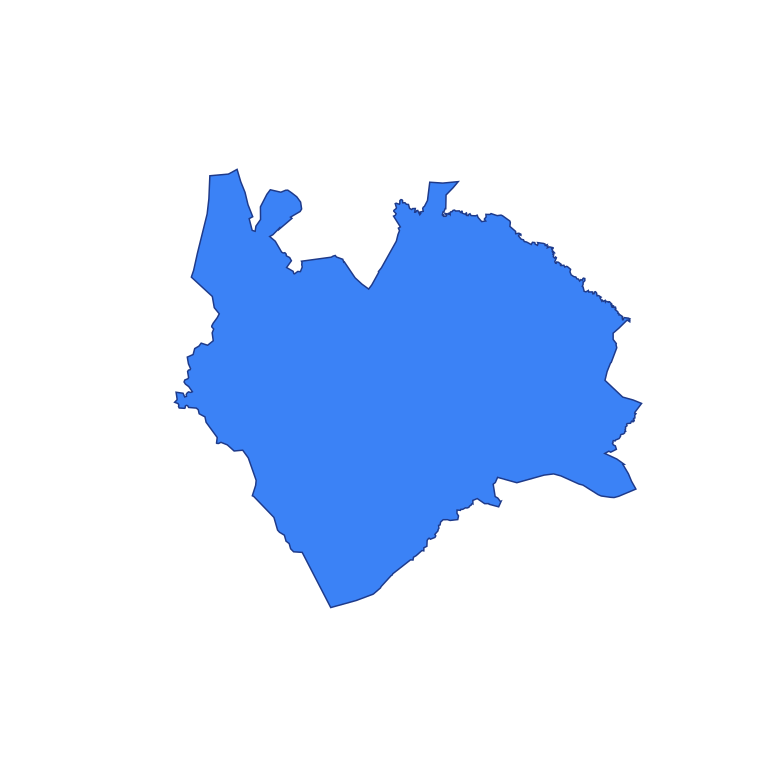 the district of Pilskalnes pag., Ilukstes, Latvia, rotated 217°
{"feature_id": "27541924B27869774181069", "entity_name": "Pilskalnes pag.", "entity_type": "district", "adm_level": 2, "iso_a3": "LVA", "parent_name": "Latvia", "parent_adm1": "Ilukstes", "projection": "mercator", "projection_center": [26.24, 56.006], "detail": "fine", "context": "isolated", "style": "filled", "palette": "blue", "viewbox_px": 768, "rotation_deg": 217, "n_neighbors": 0, "source": "geoboundaries", "source_scale": "gbopen_adm2", "svg_char_len": 6171}
<svg xmlns="http://www.w3.org/2000/svg" viewBox="0 0 768 768"><g transform="rotate(217 384 384)"><path d="M225.2,581.6L226.1,583.0L227.1,583.1L226.9,584.0L228.4,583.7L232.1,581.6L232.2,579.7L231.6,579.4L232.1,578.9L233.7,580.3L234.1,581.4L237.1,581.3L237.8,580.6L238.7,581.6L240.2,580.9L239.6,581.6L240.8,582.4L244.1,582.5L244.5,583.0L244.1,583.6L245.4,584.7L246.5,583.6L247.2,584.2L247.7,583.5L247.3,583.0L248.0,582.6L248.7,582.8L248.5,584.2L249.7,583.7L250.3,584.0L249.8,584.5L250.1,584.9L253.4,585.4L254.0,585.0L253.9,584.5L256.7,583.7L256.6,582.9L257.7,583.9L258.5,582.1L260.1,582.3L259.9,581.3L263.3,582.8L262.9,584.0L265.8,583.8L266.9,582.7L269.0,584.6L270.6,585.0L271.4,584.0L270.6,582.6L271.4,581.7L273.1,582.9L275.9,580.7L277.1,581.7L278.2,579.1L280.0,578.5L283.4,581.3L284.4,581.3L284.9,583.3L286.3,585.3L286.0,585.5L285.8,587.4L287.1,589.1L288.4,588.6L288.6,588.0L288.2,586.2L289.6,585.8L289.7,584.0L291.9,584.8L293.2,584.1L295.2,584.9L297.0,584.0L300.2,583.8L303.0,585.5L304.0,587.9L308.0,588.1L308.9,587.9L310.1,586.2L311.8,587.1L314.0,585.0L314.8,585.2L314.7,586.2L318.0,586.2L319.5,585.4L319.1,584.0L319.7,583.7L321.3,584.6L322.3,588.6L323.4,588.7L323.7,587.2L325.4,587.5L326.4,589.5L327.1,589.3L327.2,590.6L326.7,591.3L328.1,591.6L328.3,590.6L329.3,591.0L329.5,591.9L331.4,592.9L330.5,593.9L331.0,594.6L334.2,593.2L335.5,591.1L336.1,592.8L337.3,592.2L337.6,593.3L338.7,591.7L339.7,592.7L341.1,592.3L346.4,589.4L345.4,588.8L344.9,587.1L347.5,586.7L348.7,587.7L350.7,586.5L350.4,584.0L355.6,583.2L357.7,582.2L359.4,583.1L361.5,582.2L365.7,583.2L365.9,584.8L364.2,585.2L364.8,586.0L367.0,585.6L369.3,583.3L370.8,585.1L378.3,585.6L380.3,589.0L381.6,589.9L390.6,589.7L392.2,589.3L394.9,586.6L401.1,584.5L401.4,583.2L404.7,580.8L403.0,578.9L403.1,576.1L400.9,575.4L403.7,572.5L409.1,573.6L411.2,574.9L412.1,573.4L415.8,570.9L417.8,571.7L418.4,570.4L418.1,569.2L419.5,568.3L420.1,568.5L420.0,569.3L421.1,570.2L421.4,569.6L421.0,568.6L424.3,567.5L425.5,568.9L426.0,568.6L425.7,567.5L426.0,567.1L428.0,567.6L431.0,565.2L432.2,565.4L433.3,564.3L433.5,562.4L434.4,561.5L434.3,560.6L433.4,559.5L434.6,559.9L435.2,559.1L434.4,558.6L437.8,557.0L435.4,556.2L435.5,555.2L437.3,553.8L438.1,555.0L438.6,554.0L439.2,554.1L440.4,557.0L439.8,557.5L440.7,560.9L440.2,561.2L448.2,572.3L446.9,582.5L446.5,590.3L458.0,579.8L468.9,572.7L459.7,556.7L458.6,550.1L459.0,549.0L458.8,547.6L456.6,545.5L458.8,542.9L457.3,542.4L457.3,540.7L461.5,542.9L462.2,542.2L462.1,540.3L462.9,539.7L464.6,543.0L466.7,541.4L466.9,540.0L469.2,539.6L472.5,542.1L474.3,541.0L476.4,541.4L478.1,540.0L479.7,541.8L480.6,541.9L481.4,541.5L481.7,540.1L479.9,537.4L479.9,536.8L483.1,535.7L483.6,534.8L480.1,532.2L479.9,531.4L480.6,528.6L480.2,527.9L476.8,527.3L476.5,525.5L477.4,523.8L465.5,519.3L466.3,517.1L463.9,515.8L462.8,511.8L460.1,505.5L456.0,475.3L456.1,470.4L455.4,470.0L453.4,455.8L453.4,450.6L461.8,450.5L471.0,451.4L489.3,457.7L489.5,457.1L492.0,458.8L498.4,456.8L500.3,457.3L501.7,455.4L502.4,453.6L523.8,432.4L522.6,431.7L521.5,429.8L519.7,428.2L518.5,423.9L518.5,423.3L520.6,422.0L521.7,418.2L522.5,417.9L524.4,419.3L531.9,418.4L532.1,426.7L535.4,428.2L539.1,427.6L540.4,428.9L542.2,429.2L543.3,428.0L545.1,427.7L556.8,432.6L564.1,433.0L562.6,436.3L561.4,445.3L560.9,444.3L557.2,460.9L559.1,461.0L554.8,471.3L555.1,474.2L560.1,479.1L566.3,481.0L572.7,481.1L577.5,480.9L579.2,479.5L581.8,475.1L591.7,470.7L591.7,465.0L589.3,451.1L581.6,441.1L581.3,433.0L578.8,428.4L579.5,428.1L581.8,427.4L591.2,434.9L589.5,438.6L600.6,445.4L610.3,453.4L620.1,459.3L630.5,467.0L634.6,458.0L648.4,445.5L635.3,426.5L627.6,413.4L611.6,375.9L604.4,360.1L602.2,353.4L573.8,350.6L565.5,342.8L557.8,340.9L557.1,336.6L557.0,329.7L556.5,326.8L556.0,326.0L553.1,325.4L552.0,321.4L546.4,315.8L548.2,308.8L554.6,306.6L554.6,302.9L556.5,298.4L554.2,292.7L557.3,287.1L552.3,282.4L547.7,279.8L547.4,278.8L548.5,277.4L548.4,275.8L543.9,271.5L543.8,270.2L545.5,267.3L544.9,265.3L542.5,264.4L538.3,264.4L532.4,262.5L533.2,261.0L535.3,260.1L535.8,258.7L535.7,256.7L534.3,255.3L535.4,253.7L538.9,255.7L545.1,252.3L540.0,247.3L539.8,246.5L540.2,243.4L536.8,244.4L535.3,243.8L534.5,242.3L533.1,241.6L528.7,244.5L528.4,245.2L529.4,246.8L529.0,248.0L527.8,248.5L525.9,247.7L519.4,251.8L516.9,251.7L513.7,249.0L507.2,250.0L503.1,246.4L485.0,240.9L482.2,236.0L481.7,236.0L480.3,237.0L479.1,239.3L472.5,241.1L463.4,240.3L457.0,246.1L447.9,243.3L428.1,230.1L425.5,225.8L421.9,215.5L420.3,215.8L391.6,211.2L381.1,203.3L378.2,202.7L372.6,203.3L367.6,199.5L363.7,199.5L359.4,196.2L355.2,195.6L348.0,200.3L292.0,173.4L275.8,194.5L266.1,209.8L264.1,219.1L264.4,220.4L263.0,235.3L262.5,236.4L262.8,237.7L257.0,259.5L254.9,260.9L256.2,263.4L255.0,266.3L253.5,273.8L251.8,274.7L253.6,277.2L252.1,280.2L255.4,285.0L255.5,286.5L255.2,288.0L253.5,288.0L251.0,292.1L251.1,293.2L251.3,293.9L252.9,294.5L252.5,299.2L253.2,300.3L253.3,301.8L255.3,303.9L254.4,305.2L255.7,307.8L255.1,311.2L251.6,313.9L249.1,314.8L243.5,320.1L245.1,323.5L247.9,324.6L249.8,327.3L246.9,329.1L247.2,330.1L245.7,331.3L244.4,334.2L243.1,334.9L242.0,336.6L242.2,337.9L241.5,339.9L241.8,340.7L241.4,341.6L240.8,341.7L243.0,344.5L240.6,348.6L231.6,349.0L228.4,351.5L227.7,351.2L218.5,354.9L219.9,360.9L220.3,360.2L224.5,361.4L227.5,361.0L236.5,369.7L235.8,372.3L237.1,377.8L218.5,385.1L201.3,407.6L194.4,414.3L187.3,417.1L168.2,421.4L164.3,423.0L146.4,424.5L143.1,425.3L134.8,429.9L131.9,431.8L128.9,435.7L119.6,451.7L127.8,455.3L134.8,459.4L144.8,463.5L143.9,464.4L152.9,464.2L165.9,461.4L164.0,465.6L161.9,466.0L159.1,471.7L162.0,473.8L164.2,473.4L165.9,474.2L165.8,475.0L166.4,475.5L166.8,476.8L165.2,477.6L165.4,478.5L163.4,481.9L163.6,484.5L164.3,485.5L164.3,486.3L162.7,488.3L162.4,489.8L163.0,490.7L162.5,491.7L163.9,492.4L164.0,493.4L165.3,495.1L164.8,496.9L166.0,497.9L166.0,498.7L163.5,501.1L163.9,503.2L162.5,503.6L163.1,504.8L162.1,504.8L162.1,505.3L163.9,506.7L163.2,507.9L165.0,510.1L164.9,511.9L166.3,511.6L166.6,512.5L166.6,523.5L175.3,521.2L185.5,517.2L209.7,519.9L213.3,528.2L215.7,537.0L215.5,538.0L219.9,553.0L222.3,555.0L222.8,556.1L227.8,557.5L231.6,562.5L230.0,570.0L228.3,581.4L225.2,581.6Z" fill="#3b82f6" stroke="#1e3a8a" stroke-width="1.5"/></g></svg>